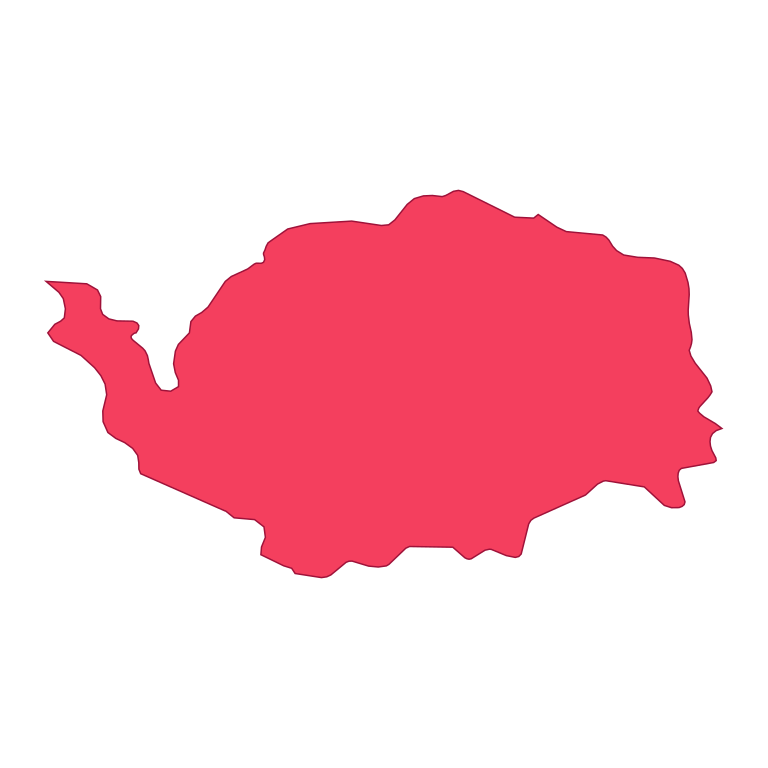 an SVG outline of Karlovarský
{"feature_id": "CZE-1590", "entity_name": "Karlovarský", "entity_type": "Region", "adm_level": 1, "iso_a3": "CZE", "parent_name": "Czechia", "parent_adm1": "", "projection": "natural_earth1", "projection_center": [12.693, 50.171], "detail": "fine", "context": "isolated", "style": "filled", "palette": "rose", "viewbox_px": 768, "rotation_deg": 0, "n_neighbors": 0, "source": "natural_earth", "source_scale": "10m", "svg_char_len": 2518}
<svg xmlns="http://www.w3.org/2000/svg" viewBox="0 0 768 768"><path d="M533.7,218.1L538.2,214.5L556.9,227.2L566.3,231.6L602.7,235.0L606.1,237.1L608.9,240.1L612.6,246.2L616.6,250.6L623.7,255.0L637.6,257.3L654.5,258.0L670.2,261.3L678.8,265.2L682.4,268.5L685.2,273.1L688.0,282.5L689.0,288.7L689.2,294.7L688.2,310.1L688.3,314.9L689.3,323.3L691.3,332.4L692.0,339.7L691.5,343.5L690.5,347.0L689.2,350.3L690.9,356.0L695.2,363.2L707.0,378.1L710.7,385.9L712.0,391.8L710.1,394.9L707.8,397.9L699.8,406.6L698.8,408.1L697.8,411.0L699.6,413.2L703.7,416.7L715.4,423.6L721.9,428.5L716.2,430.6L712.5,433.6L710.5,437.4L710.0,441.7L710.5,446.1L711.9,450.5L715.8,457.9L716.2,460.6L713.7,462.5L681.4,468.4L679.3,470.2L678.2,473.1L677.9,476.7L678.4,480.8L685.0,501.9L684.2,504.6L682.1,506.4L679.0,507.6L671.5,507.7L664.3,505.4L644.3,486.9L605.8,480.7L603.3,481.1L597.5,484.1L585.5,495.0L533.9,518.1L530.9,520.3L528.7,523.9L521.2,554.0L518.8,556.5L515.3,557.4L506.3,555.6L491.3,549.4L489.5,549.2L485.0,550.2L471.2,558.8L469.1,559.2L467.0,558.8L464.9,557.8L452.8,547.2L409.5,546.5L405.8,548.2L388.9,564.4L386.3,565.9L378.3,567.0L368.6,566.1L352.1,561.1L349.0,561.2L346.1,562.3L330.9,574.9L326.8,576.8L321.5,577.6L295.1,573.5L291.7,568.3L283.7,565.8L260.9,554.7L261.5,547.0L265.4,537.4L264.0,526.9L254.6,519.6L234.1,517.8L225.5,510.9L225.0,510.9L140.7,473.7L138.9,469.2L138.8,462.7L137.7,455.4L132.7,448.4L124.7,442.6L115.8,438.4L107.9,432.5L103.1,421.7L102.8,411.0L106.7,394.8L105.1,384.1L100.9,375.7L94.6,367.7L81.0,355.4L53.6,341.4L47.8,332.9L54.8,324.3L60.6,321.2L64.3,317.9L65.4,308.8L63.3,298.6L58.9,292.3L46.1,281.4L60.1,282.2L86.8,283.8L97.5,290.0L100.7,296.6L100.5,308.8L102.7,314.4L108.9,318.9L117.0,320.9L133.0,321.2L137.0,323.0L138.8,325.6L138.5,328.9L136.0,332.9L135.2,333.0L134.4,333.2L133.7,333.6L133.0,334.2L131.5,335.5L131.0,336.9L131.5,338.5L133.0,340.2L142.7,348.2L145.1,350.9L147.4,355.6L148.3,359.7L148.9,363.4L155.6,383.0L161.2,390.2L170.7,391.2L178.5,386.6L178.5,380.2L175.3,372.6L173.6,363.8L175.4,351.1L178.4,344.4L189.4,332.9L190.9,321.6L195.4,316.1L201.7,312.5L208.0,307.1L225.3,281.4L231.3,276.5L247.6,269.0L254.2,264.1L256.2,263.2L261.3,263.3L263.5,262.3L264.7,259.7L264.4,256.9L263.6,254.6L263.5,253.1L265.0,249.9L266.2,246.3L268.1,242.8L272.3,239.8L287.7,229.0L310.1,223.6L351.7,221.1L381.4,225.5L388.7,224.8L394.9,219.9L407.2,204.4L414.3,198.6L423.4,195.9L432.3,195.5L442.2,196.6L445.7,195.5L453.5,191.3L458.5,190.4L463.2,191.6L514.7,217.2L533.7,218.1Z" fill="#f43f5e" stroke="#9f1239" stroke-width="1.5"/></svg>